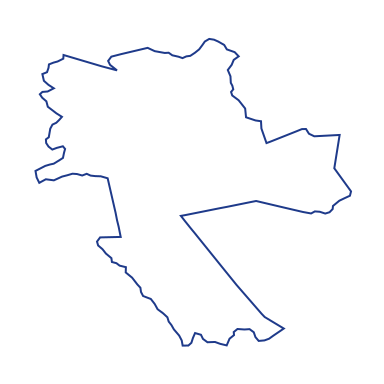 outline of Bonito, Pernambuco, Brazil, rotated 94°
{"feature_id": "56859067B60303107893945", "entity_name": "Bonito", "entity_type": "district", "adm_level": 2, "iso_a3": "BRA", "parent_name": "Brazil", "parent_adm1": "Pernambuco", "projection": "equal_earth", "projection_center": [-35.697, -8.487], "detail": "fine", "context": "isolated", "style": "outline", "palette": "blue", "viewbox_px": 384, "rotation_deg": 94, "n_neighbors": 0, "source": "geoboundaries", "source_scale": "gbopen_adm2", "svg_char_len": 2362}
<svg xmlns="http://www.w3.org/2000/svg" viewBox="0 0 384 384"><g transform="rotate(94 192 192)"><path d="M184.7,34.2L180.3,33.4L158.4,51.7L124.8,48.7L127.9,73.9L125.7,79.4L121.2,82.7L121.6,86.8L124.0,91.7L136.4,117.5L138.0,121.1L123.8,127.2L116.6,128.1L116.2,133.6L113.7,143.3L105.0,144.8L97.2,151.9L92.9,158.6L89.5,160.0L86.7,158.0L83.1,159.2L80.4,160.9L73.9,161.7L67.8,164.8L62.4,161.3L57.3,159.6L53.4,154.9L49.5,159.2L47.3,167.2L43.1,170.1L40.1,176.3L38.5,180.7L38.1,185.5L41.0,189.7L44.7,191.9L49.2,194.8L52.9,198.8L56.3,203.2L57.1,207.1L59.1,210.8L58.0,214.8L57.0,221.2L54.7,225.0L55.2,228.9L54.1,239.0L51.3,246.3L59.4,272.3L62.6,281.9L67.1,284.8L70.9,282.6L73.7,278.5L75.9,275.3L72.9,290.9L64.3,329.7L68.0,329.7L71.2,335.2L72.6,339.2L74.7,343.6L78.2,343.8L82.6,345.0L84.8,349.5L91.4,347.5L95.1,342.7L98.2,337.1L101.8,343.0L102.6,348.2L105.1,350.6L108.4,348.0L111.7,343.6L117.0,341.8L122.9,332.9L126.1,327.0L129.6,329.7L132.4,332.2L134.5,335.9L138.7,337.8L147.4,338.7L149.7,341.4L153.3,340.9L156.7,338.3L159.4,334.3L157.4,329.9L155.4,324.0L157.9,321.6L161.8,322.4L167.0,323.1L169.4,326.3L173.4,331.9L174.5,335.7L176.2,340.2L178.8,344.5L181.9,349.6L188.3,348.0L193.5,345.0L189.5,338.7L190.0,330.6L185.7,322.7L184.0,317.6L182.1,312.5L182.1,307.9L183.2,302.7L181.2,298.3L182.7,294.3L182.9,289.6L182.7,284.1L184.2,277.1L218.0,266.8L225.4,264.8L231.6,262.8L241.8,260.0L243.7,280.5L248.1,283.3L251.9,281.9L255.3,277.3L259.4,273.6L263.6,267.8L267.4,267.0L268.3,262.4L270.5,259.1L271.6,252.7L276.9,252.5L281.6,245.8L288.0,240.1L291.1,236.8L295.3,235.9L299.2,233.5L301.6,225.6L306.3,221.4L311.4,218.1L315.0,212.4L318.7,207.8L322.9,206.2L326.1,203.3L330.3,200.5L336.1,194.8L340.8,191.9L345.9,190.6L345.4,184.9L342.5,182.1L337.6,180.9L332.5,179.1L333.8,173.1L337.8,170.8L340.8,166.1L340.0,158.6L341.5,153.3L342.6,146.7L335.7,144.3L331.8,140.1L328.8,140.6L325.5,137.1L325.5,130.1L324.8,125.0L327.6,120.6L332.3,118.6L335.9,115.1L335.0,109.4L333.0,104.9L329.6,100.8L325.2,95.2L321.8,90.9L311.7,110.7L308.8,113.9L281.8,140.9L273.1,149.0L268.5,153.3L232.1,187.1L229.6,189.5L226.7,192.2L221.5,197.0L216.6,201.4L215.4,196.7L206.4,163.8L204.3,155.8L197.9,132.6L196.5,127.4L198.2,117.0L201.2,98.6L204.2,79.9L205.1,71.7L202.8,68.1L202.8,63.2L204.2,57.6L202.6,53.4L199.2,50.5L196.1,50.4L190.4,44.4L187.5,39.3L184.7,34.2Z" fill="none" stroke="#1e3a8a" stroke-width="2"/></g></svg>